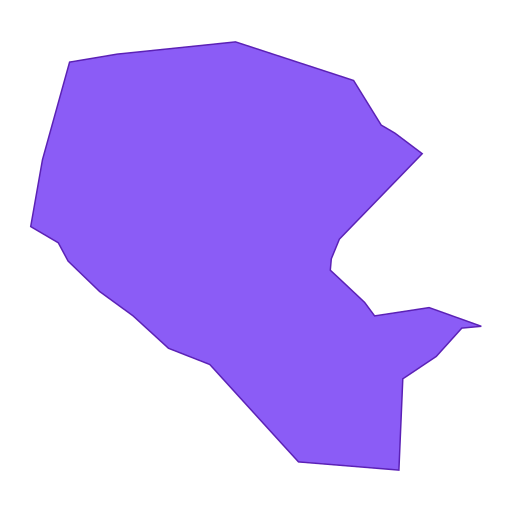 outline of Hospital Road, Castries, Saint Lucia
{"feature_id": "8701671B16711141632325", "entity_name": "Hospital Road", "entity_type": "district", "adm_level": 2, "iso_a3": "LCA", "parent_name": "Saint Lucia", "parent_adm1": "Castries", "projection": "mercator", "projection_center": [-60.999, 14.009], "detail": "fine", "context": "isolated", "style": "filled", "palette": "violet", "viewbox_px": 512, "rotation_deg": 0, "n_neighbors": 0, "source": "geoboundaries", "source_scale": "gbopen_adm2", "svg_char_len": 482}
<svg xmlns="http://www.w3.org/2000/svg" viewBox="0 0 512 512"><path d="M422.2,153.7L395.0,133.2L381.2,125.1L353.6,80.5L235.5,41.9L117.3,54.1L69.6,62.1L42.5,159.6L30.7,226.6L58.3,242.8L68.1,261.1L99.6,291.5L133.1,315.9L168.5,348.3L209.8,364.5L281.5,443.3L298.5,461.9L398.9,470.1L402.8,378.8L436.3,356.4L461.8,328.1L481.3,326.3L429.1,307.6L374.6,315.9L364.6,302.4L340.4,279.6L330.3,270.2L331.3,258.8L339.4,239.1L422.2,153.7Z" fill="#8b5cf6" stroke="#5b21b6" stroke-width="1.5"/></svg>